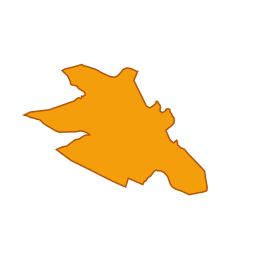 the district of Picuí, Paraíba, Brazil, rotated 117°
{"feature_id": "56859067B6156700578434", "entity_name": "Picuí", "entity_type": "district", "adm_level": 2, "iso_a3": "BRA", "parent_name": "Brazil", "parent_adm1": "Paraíba", "projection": "robinson", "projection_center": [-36.343, -6.485], "detail": "fine", "context": "isolated", "style": "filled", "palette": "amber", "viewbox_px": 256, "rotation_deg": 117, "n_neighbors": 0, "source": "geoboundaries", "source_scale": "gbopen_adm2", "svg_char_len": 2464}
<svg xmlns="http://www.w3.org/2000/svg" viewBox="0 0 256 256"><g transform="rotate(117 128 128)"><path d="M152.9,34.7L151.9,33.2L149.0,30.0L147.5,29.5L145.0,30.4L138.2,35.6L131.7,40.2L130.5,43.0L126.1,55.7L123.6,62.9L121.4,68.1L121.4,70.1L121.7,72.2L121.0,74.0L120.7,76.0L119.2,77.0L117.9,77.7L116.9,79.1L119.0,80.0L120.5,80.6L120.2,82.6L119.8,84.6L118.9,86.0L117.6,87.6L116.4,88.9L115.3,90.4L113.9,92.0L112.8,93.2L109.3,91.7L106.9,90.5L103.1,89.3L100.4,90.1L97.8,92.0L97.1,94.0L95.7,95.5L95.1,97.0L94.1,98.0L92.6,99.1L92.6,100.6L93.8,102.5L95.6,102.5L96.8,102.9L98.8,104.6L98.4,107.1L96.6,108.0L95.0,108.3L93.0,110.1L92.1,112.2L91.0,113.6L91.4,115.0L93.0,114.5L94.8,114.8L97.0,115.8L98.8,116.8L100.3,118.1L100.1,119.5L100.1,121.5L83.0,144.4L73.2,145.1L73.6,146.5L73.6,151.8L74.6,155.2L75.8,157.1L78.1,158.9L81.4,159.6L84.8,160.4L87.1,161.5L88.5,162.6L89.3,164.1L90.1,166.7L90.5,171.0L90.8,177.5L90.5,179.4L90.4,181.4L90.5,183.8L91.4,189.9L92.8,196.3L92.3,197.8L96.0,201.7L104.5,211.3L106.7,212.8L107.5,210.5L108.1,208.3L108.7,205.8L110.2,203.7L111.7,202.0L112.9,200.2L114.3,199.5L115.2,198.5L115.0,197.1L114.4,195.2L113.8,193.2L114.2,191.8L115.0,190.6L115.4,188.8L115.5,186.2L115.6,183.8L116.6,182.0L118.4,181.2L120.0,182.3L120.7,183.8L122.0,183.0L123.2,183.2L123.2,185.3L125.0,186.9L126.7,187.5L128.5,188.3L130.3,190.0L138.7,198.0L147.6,206.5L158.2,222.3L163.6,226.5L163.2,224.3L162.8,222.2L162.8,220.7L162.8,219.3L162.2,217.4L161.8,215.3L161.6,213.5L160.9,211.7L160.9,209.9L161.3,208.0L162.0,206.4L162.4,204.2L162.8,201.8L162.8,199.6L162.9,198.1L163.0,196.6L163.1,194.8L163.3,191.9L163.2,189.6L163.0,187.4L162.0,185.5L160.9,183.8L160.3,182.5L159.4,180.8L158.5,179.3L157.9,178.1L157.1,176.7L155.9,174.4L154.8,172.4L153.3,170.6L152.0,168.7L151.2,166.1L151.0,163.8L150.9,161.8L151.3,159.1L152.3,160.0L153.1,161.9L154.7,163.5L156.2,164.4L157.5,165.2L159.0,166.0L160.6,167.3L162.0,169.0L163.0,170.0L164.2,170.6L165.8,171.4L167.1,172.0L169.3,173.1L171.0,173.8L172.1,174.5L173.1,176.0L174.6,177.8L176.7,179.6L178.6,181.1L179.7,182.0L182.8,164.0L182.5,142.3L182.5,127.9L182.4,119.7L182.2,112.6L181.6,103.4L177.4,104.1L172.6,104.9L171.7,89.1L168.3,89.2L167.0,88.0L164.1,87.9L162.7,87.4L160.6,86.1L158.1,85.7L154.4,85.0L152.6,83.8L152.7,82.1L151.8,80.7L151.2,78.8L151.3,75.6L152.5,72.2L153.9,69.9L158.7,64.9L160.0,62.4L160.6,60.1L160.8,58.0L159.9,51.6L159.7,47.0L159.5,43.1L156.5,39.2L154.0,36.2L152.9,34.7Z" fill="#f59e0b" stroke="#b45309" stroke-width="1.5"/></g></svg>